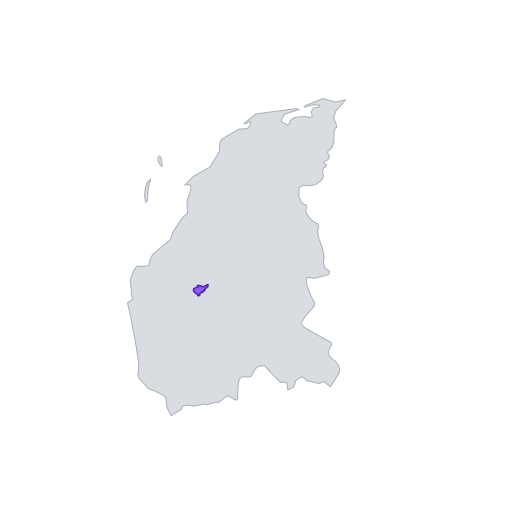 location of Yorito, Yoro, Honduras, rotated 306°
{"feature_id": "27666195B19722524554409", "entity_name": "Yorito", "entity_type": "district", "adm_level": 2, "iso_a3": "HND", "parent_name": "Honduras", "parent_adm1": "Yoro", "projection": "equal_earth", "projection_center": [-87.306, 15.078], "detail": "fine", "context": "in_parent", "style": "filled", "palette": "violet", "viewbox_px": 512, "rotation_deg": 306, "n_neighbors": 0, "source": "geoboundaries", "source_scale": "gbopen_adm2", "svg_char_len": 4502}
<svg xmlns="http://www.w3.org/2000/svg" viewBox="0 0 512 512"><g transform="rotate(306 256 256)"><path d="M434.9,236.6L420.0,235.4L413.0,237.8L410.0,243.2L407.4,245.6L405.2,245.1L400.7,247.2L394.1,252.0L388.0,253.8L382.6,252.6L381.1,253.8L380.6,255.4L379.8,256.9L377.7,257.7L375.3,257.3L372.6,255.6L371.2,256.3L371.1,259.5L369.6,260.3L366.9,258.8L363.8,260.0L360.3,263.7L355.5,264.5L349.2,262.3L344.4,258.3L340.9,252.3L336.8,250.8L329.6,255.3L326.6,260.4L326.0,263.6L326.7,266.5L325.4,268.4L322.1,269.4L319.5,272.9L317.8,279.0L317.5,283.7L318.5,287.0L316.9,289.4L312.5,291.0L307.3,296.3L301.4,305.2L295.5,311.5L289.6,315.0L286.8,319.0L287.0,323.3L286.6,324.6L285.5,325.2L283.6,325.7L272.2,316.3L268.9,309.8L266.1,310.8L262.5,314.1L257.5,321.5L252.1,331.5L249.5,332.6L236.0,331.2L228.9,332.0L227.4,333.4L226.7,337.1L227.1,342.0L229.1,359.7L230.2,367.0L229.1,369.3L225.5,369.7L220.8,370.7L218.2,374.0L217.6,377.5L217.4,382.3L215.9,387.3L213.0,390.8L210.1,392.1L194.0,393.1L194.3,384.8L189.6,381.5L187.0,374.7L184.7,370.0L185.4,367.3L185.2,364.0L178.7,361.4L172.5,363.4L169.0,362.1L166.4,360.4L170.9,356.3L171.2,353.8L169.8,352.1L168.3,350.9L168.7,346.3L169.6,340.9L172.1,328.2L171.2,326.0L167.1,322.2L161.9,321.8L156.2,323.0L153.5,321.1L151.1,316.7L147.0,314.6L139.8,318.1L132.1,323.3L129.8,325.2L127.8,325.0L127.0,321.1L126.6,316.4L126.1,315.3L122.0,313.6L117.3,312.5L114.8,311.2L112.6,308.0L106.9,304.0L105.6,300.9L98.0,294.0L96.5,290.6L94.7,288.1L91.1,284.9L88.2,285.7L78.6,281.7L77.1,281.4L78.5,277.9L81.5,272.5L88.2,266.5L88.7,261.7L87.0,252.4L85.3,246.4L86.3,243.8L88.4,233.0L90.0,230.5L99.6,225.0L100.4,224.2L108.0,216.6L116.4,208.1L125.1,198.8L134.9,188.4L140.2,182.2L142.7,179.6L148.3,181.8L152.7,176.8L155.3,175.2L161.2,169.3L163.1,168.0L173.0,165.6L177.8,165.6L182.0,171.6L185.4,174.9L191.7,172.1L196.9,171.5L218.7,177.0L227.4,174.6L243.3,174.0L250.4,175.4L260.5,167.5L267.0,165.9L274.6,162.3L273.5,158.5L271.7,156.8L283.3,158.4L300.6,166.4L319.0,165.0L325.6,160.7L329.9,159.4L348.8,167.7L353.8,174.0L357.7,174.6L360.7,173.1L361.5,171.8L357.8,170.5L356.1,168.5L370.9,172.4L399.1,202.2L399.7,204.6L387.7,195.8L381.3,196.5L379.7,197.9L380.1,202.7L380.7,205.0L383.4,205.3L385.4,204.0L390.3,205.5L393.6,208.7L397.6,213.6L400.0,219.0L402.6,219.1L405.1,215.9L409.8,215.5L413.0,219.1L415.2,218.8L412.1,213.3L404.8,207.7L406.5,207.5L422.6,217.5L427.2,229.9L430.9,232.8L434.9,236.6ZM246.7,129.4L237.5,135.4L234.6,135.3L238.8,130.7L245.6,126.7L251.4,124.7L256.1,125.6L246.7,129.4ZM278.2,123.0L273.8,127.5L273.1,125.5L275.2,121.3L277.8,118.9L280.3,119.2L279.7,121.0L278.2,123.0Z" fill="#d9dde1" stroke="#a8b0b8" stroke-width="1"/><path d="M204.5,234.0L204.4,233.8L204.3,233.7L204.2,233.7L203.9,233.5L203.9,233.4L203.6,233.2L203.3,233.1L203.1,233.0L202.9,233.0L202.7,232.9L202.6,232.7L199.8,231.6L199.8,229.8L199.0,227.8L198.6,226.8L198.5,226.7L198.4,226.8L198.3,226.7L198.3,226.8L198.2,226.9L198.1,227.0L198.0,226.9L198.0,227.0L197.9,227.0L197.7,227.0L197.5,226.9L197.4,226.9L197.2,226.7L196.9,226.5L196.7,226.6L196.4,226.6L196.2,226.7L196.2,226.8L194.8,225.7L192.5,224.9L192.4,224.9L192.2,225.0L191.9,225.2L191.9,225.3L191.7,225.4L191.5,225.6L191.4,225.7L191.4,225.8L191.2,225.9L191.1,226.0L190.9,226.3L190.9,226.5L190.9,226.8L190.9,227.0L190.8,227.3L190.7,227.3L190.5,227.5L190.6,227.8L190.5,228.1L190.5,228.4L190.4,228.5L190.5,228.7L190.5,228.8L190.5,229.0L190.5,229.4L190.6,229.5L190.6,229.8L190.5,230.0L190.5,230.3L190.5,230.5L190.4,230.6L190.4,230.8L190.4,231.0L190.3,231.3L190.3,231.5L190.2,231.6L190.3,231.6L190.3,231.8L190.3,232.0L190.3,232.3L190.4,232.5L190.2,232.8L190.1,233.0L190.3,233.1L190.6,233.2L190.8,233.2L191.0,233.2L191.1,233.3L191.3,233.5L191.5,233.5L191.5,233.2L191.5,232.9L191.8,232.7L194.0,232.7L194.1,232.8L194.3,233.0L194.5,233.0L194.6,233.3L194.6,233.6L194.6,233.8L194.6,234.0L194.8,234.1L195.0,234.1L195.3,234.1L195.5,234.1L195.8,234.1L196.0,234.2L196.3,234.1L196.5,234.2L196.7,234.3L196.8,234.3L196.8,234.2L197.0,234.1L197.1,234.3L197.3,234.3L197.4,234.5L197.5,234.5L197.6,234.8L197.8,234.8L197.8,234.7L198.0,234.6L198.0,234.4L198.0,234.2L198.4,234.1L198.6,234.2L198.7,234.3L198.8,234.4L199.0,234.3L199.0,234.2L199.3,234.0L199.5,234.1L199.8,234.3L200.0,234.4L201.5,234.8L201.8,234.7L201.9,234.8L202.0,234.8L202.1,234.7L202.3,234.8L202.5,234.9L202.6,235.0L202.8,235.1L202.9,234.8L203.0,234.8L203.1,234.7L203.3,234.7L203.4,234.3L203.5,234.3L203.7,234.2L203.8,234.1L204.0,234.3L204.1,234.2L204.3,234.0L204.5,234.0Z" fill="#8b5cf6" stroke="#5b21b6" stroke-width="1.5"/></g></svg>